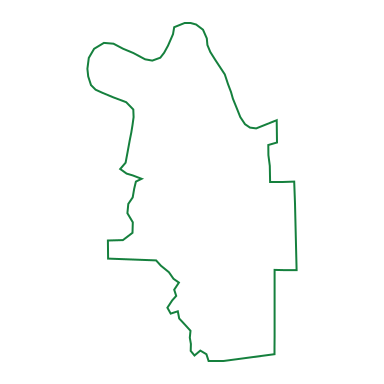 the district of Pinto Bandeira, Rio Grande do Sul, Brazil
{"feature_id": "56859067B15267966296227", "entity_name": "Pinto Bandeira", "entity_type": "district", "adm_level": 2, "iso_a3": "BRA", "parent_name": "Brazil", "parent_adm1": "Rio Grande do Sul", "projection": "robinson", "projection_center": [-51.472, -29.092], "detail": "fine", "context": "isolated", "style": "outline", "palette": "green", "viewbox_px": 384, "rotation_deg": 0, "n_neighbors": 0, "source": "geoboundaries", "source_scale": "gbopen_adm2", "svg_char_len": 1254}
<svg xmlns="http://www.w3.org/2000/svg" viewBox="0 0 384 384"><path d="M274.6,336.0L274.6,292.4L274.6,269.9L283.0,270.1L296.6,270.1L295.0,203.6L294.2,181.6L282.6,182.0L270.1,182.0L269.8,165.9L268.4,155.1L268.3,145.0L277.0,142.5L276.7,120.2L256.2,128.4L250.0,127.6L245.0,124.2L240.3,117.1L237.0,108.8L232.9,98.7L231.0,92.0L228.0,84.1L224.8,74.4L215.4,60.1L210.3,52.0L207.4,45.0L206.8,38.4L203.0,29.7L196.1,24.5L190.5,23.0L184.6,23.0L174.2,27.2L173.0,34.2L168.0,45.7L164.1,52.8L160.3,57.7L152.3,60.6L145.1,59.3L133.3,53.0L123.2,48.8L113.5,43.7L103.9,42.9L94.1,48.8L88.8,57.9L87.4,68.8L88.2,76.4L91.0,85.1L95.6,89.7L102.4,92.8L113.2,97.3L126.2,102.2L133.3,109.5L133.6,117.1L132.5,125.1L131.3,132.5L129.7,140.5L127.6,152.0L125.6,162.7L120.2,169.0L126.6,173.6L132.7,175.4L141.6,178.8L135.9,181.6L134.2,188.7L132.7,197.4L128.3,203.9L127.4,213.2L132.8,222.3L132.5,232.8L122.9,240.1L107.9,240.5L108.1,258.6L156.1,260.4L160.9,265.7L168.9,272.2L173.5,278.8L178.9,282.6L174.2,289.7L176.2,295.9L172.2,300.4L167.4,307.7L170.7,313.6L177.8,311.3L179.2,318.5L184.5,324.2L190.5,330.8L189.8,337.7L190.9,344.0L190.7,350.9L194.5,355.5L200.3,350.6L206.4,354.2L208.6,361.0L223.3,361.0L274.5,354.2L274.5,347.8L274.6,336.0Z" fill="none" stroke="#15803d" stroke-width="2"/></svg>